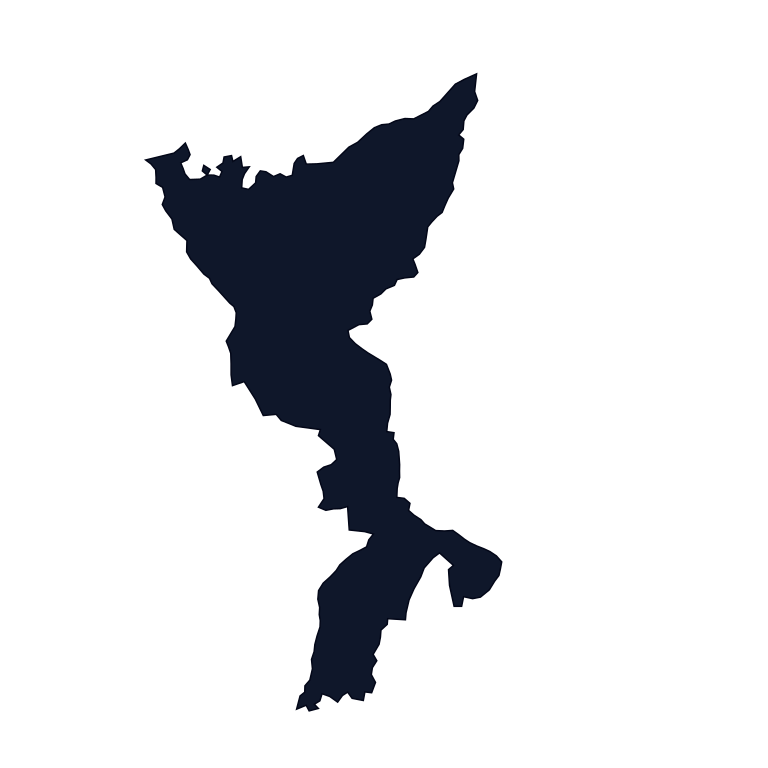 the district of Flor da Serra do Sul, Paraná, Brazil, rotated 251°
{"feature_id": "56859067B68120244559309", "entity_name": "Flor da Serra do Sul", "entity_type": "district", "adm_level": 2, "iso_a3": "BRA", "parent_name": "Brazil", "parent_adm1": "Paraná", "projection": "albers", "projection_center": [-53.304, -26.255], "detail": "fine", "context": "isolated", "style": "filled", "palette": "ink", "viewbox_px": 768, "rotation_deg": 251, "n_neighbors": 0, "source": "geoboundaries", "source_scale": "gbopen_adm2", "svg_char_len": 3453}
<svg xmlns="http://www.w3.org/2000/svg" viewBox="0 0 768 768"><g transform="rotate(251 384 384)"><path d="M177.5,437.4L184.9,434.3L191.2,429.5L195.7,424.8L200.8,418.8L206.1,413.4L211.0,409.6L217.3,405.5L223.2,401.3L225.3,393.4L228.6,385.1L234.0,380.7L238.5,376.9L243.6,374.8L250.3,369.6L256.5,366.1L262.7,369.7L269.3,365.9L272.6,359.2L280.8,362.4L286.0,365.2L290.4,368.3L296.6,370.3L302.6,372.5L308.5,374.1L315.6,376.0L323.3,376.6L328.7,374.7L334.7,377.6L338.1,371.1L345.8,374.6L353.2,379.8L359.7,382.2L366.7,384.7L371.7,387.1L379.3,388.0L385.2,392.4L391.3,393.1L401.8,392.7L406.9,388.7L412.8,383.8L418.8,378.8L424.4,374.7L431.6,369.9L439.2,366.4L446.4,367.4L448.3,379.6L446.3,387.7L449.2,393.6L457.5,394.3L462.5,398.7L468.6,401.6L470.2,410.4L473.3,416.8L473.9,426.0L478.5,430.4L477.6,438.1L475.5,447.0L478.4,452.3L487.0,452.3L492.9,452.0L495.2,459.7L500.0,466.8L507.1,470.7L511.9,473.2L518.3,476.5L521.7,482.0L525.3,488.8L527.3,494.8L532.7,499.5L538.9,505.3L545.7,513.4L552.0,514.2L570.7,527.5L576.5,529.4L581.2,535.1L589.5,539.1L595.2,535.7L598.8,541.7L606.8,545.2L611.3,550.0L615.6,558.8L621.6,564.9L631.0,564.9L647.1,572.5L645.9,559.2L644.3,549.1L632.9,528.8L630.9,520.9L627.3,514.8L625.0,498.4L628.2,490.2L629.0,480.3L628.2,473.2L629.9,466.3L629.5,458.4L626.2,449.3L621.1,437.8L619.4,427.9L610.1,408.3L614.0,392.2L617.2,382.1L626.3,382.1L625.4,375.7L621.8,370.9L611.2,365.2L611.5,358.9L616.6,354.2L616.1,347.1L623.1,341.5L625.8,336.4L621.8,330.7L616.0,328.1L612.1,319.3L615.8,313.3L623.5,316.5L628.3,320.6L633.2,327.3L634.9,320.6L645.6,322.5L643.6,313.6L649.6,314.2L650.7,306.7L645.4,303.7L643.4,296.5L637.7,300.0L633.2,295.9L636.9,291.1L639.1,284.8L637.5,276.9L640.6,266.8L647.5,264.2L653.1,264.2L659.3,263.8L660.0,271.1L664.0,275.3L669.3,275.2L676.5,274.6L673.0,267.1L670.7,260.6L673.4,231.6L668.0,235.3L661.1,237.9L653.4,235.7L647.8,233.7L642.0,238.7L632.1,237.9L625.9,232.8L618.8,234.0L609.0,237.2L598.5,236.0L589.7,241.0L583.8,244.4L578.3,242.3L573.2,240.4L565.2,241.9L556.7,245.5L546.5,249.5L540.8,253.4L534.8,254.0L526.0,258.0L517.5,261.6L510.7,264.5L506.1,267.3L499.5,267.5L493.7,265.1L486.8,261.8L475.9,248.8L469.9,249.1L462.9,249.1L452.9,246.0L442.4,242.4L431.8,240.2L431.8,252.6L411.7,257.4L393.5,259.6L390.4,272.2L383.0,275.0L376.4,282.7L372.7,286.9L361.6,309.0L356.5,305.2L338.5,315.7L328.0,314.7L324.9,307.8L325.0,299.9L322.5,292.2L309.6,291.6L302.4,291.6L295.1,290.0L288.9,281.9L283.5,287.9L282.4,295.7L280.4,302.1L280.0,309.7L257.3,303.6L250.7,317.7L245.6,325.2L241.6,318.9L235.7,314.5L234.5,307.0L233.6,299.2L230.6,291.0L227.4,283.4L223.2,278.1L219.2,270.4L215.5,261.7L210.0,254.9L202.1,251.4L193.6,250.4L187.0,247.7L181.0,246.7L175.1,244.4L167.6,238.7L160.2,233.8L153.7,230.8L147.2,225.8L138.0,223.6L128.2,217.5L124.4,211.0L118.4,208.7L116.4,203.1L105.0,195.5L105.6,205.8L99.3,206.8L98.6,216.3L103.9,213.9L105.3,220.2L111.3,224.6L106.2,231.0L98.3,236.6L103.0,243.3L104.5,249.3L97.2,251.5L91.5,261.4L99.1,265.7L96.1,271.8L104.6,278.8L113.4,277.4L119.6,280.7L124.7,287.1L131.9,285.7L139.5,294.6L145.8,298.2L152.3,301.0L155.7,308.8L160.9,311.1L154.1,327.5L160.6,330.4L166.6,334.2L171.7,337.4L180.6,345.7L189.7,356.0L197.0,362.1L203.7,373.8L206.2,381.5L189.9,390.6L187.5,384.6L172.3,380.4L151.0,377.9L148.5,385.0L157.0,390.0L152.2,397.9L151.1,405.8L155.1,416.6L161.6,424.5L165.5,430.3L171.0,433.7L177.5,437.4ZM639.1,284.8L643.4,289.5L649.4,284.8L644.6,281.6L639.1,284.8Z" fill="#0f172a" stroke="#020617" stroke-width="1.5"/></g></svg>